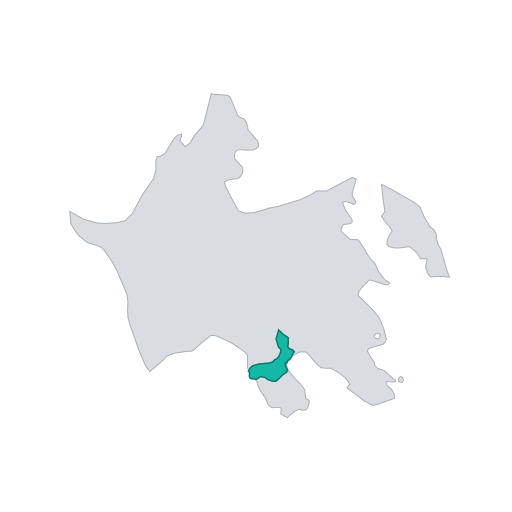 location of Qax within Azerbaijan, rotated 197°
{"feature_id": "AZE-1726", "entity_name": "Qax", "entity_type": "District", "adm_level": 1, "iso_a3": "AZE", "parent_name": "Azerbaijan", "parent_adm1": "", "projection": "robinson", "projection_center": [46.846, 41.24], "detail": "fine", "context": "in_parent", "style": "filled", "palette": "teal", "viewbox_px": 512, "rotation_deg": 197, "n_neighbors": 0, "source": "natural_earth", "source_scale": "10m", "svg_char_len": 4121}
<svg xmlns="http://www.w3.org/2000/svg" viewBox="0 0 512 512"><g transform="rotate(197 256 256)"><path d="M346.2,398.3L344.2,398.2L330.2,401.4L327.2,400.4L315.1,385.7L312.6,384.1L307.4,383.5L304.3,381.0L301.8,377.1L300.4,374.2L287.9,366.3L286.0,363.4L285.8,360.8L287.6,358.5L289.7,356.6L295.7,354.6L302.8,352.9L305.1,351.7L306.3,349.5L306.2,346.2L305.0,342.8L294.8,336.8L293.6,334.2L293.3,331.0L293.9,327.6L295.4,325.0L303.7,321.4L308.1,317.7L305.4,313.6L296.4,304.2L285.7,293.9L278.6,293.8L270.4,296.9L257.4,305.7L250.2,309.4L240.8,315.7L230.5,322.6L222.1,330.0L216.8,336.1L207.5,338.7L202.7,343.8L187.0,359.1L182.6,358.9L182.4,351.3L182.6,345.3L181.6,341.8L176.5,337.1L176.5,335.0L177.8,333.8L181.7,334.5L186.7,334.3L189.1,332.4L183.8,326.2L179.0,322.0L175.0,319.1L174.1,317.5L174.1,316.3L174.9,314.8L181.8,311.4L182.5,308.2L182.1,304.7L171.1,299.5L162.9,301.4L155.6,295.5L150.9,291.0L145.1,286.2L139.8,283.5L134.8,277.4L126.1,271.1L120.5,269.4L120.6,268.4L121.6,267.2L124.0,266.3L139.5,266.5L141.4,265.4L142.4,262.7L144.6,258.8L147.1,253.0L146.9,248.1L131.3,240.2L120.0,232.9L112.2,223.3L107.0,214.5L107.2,211.6L108.7,208.8L120.9,200.7L121.7,198.6L121.4,197.2L117.2,193.1L111.8,188.8L110.1,185.7L106.7,184.1L100.2,184.0L88.9,178.8L86.4,178.2L85.9,177.2L86.5,176.1L94.6,174.0L94.5,172.3L92.1,170.0L87.5,168.3L83.3,164.1L81.9,160.4L96.6,149.4L101.0,147.2L110.5,149.2L130.4,156.5L129.0,160.5L131.0,162.8L135.6,165.9L144.3,169.0L151.7,170.6L155.5,169.3L161.2,168.1L168.6,171.7L175.4,176.3L178.8,178.1L180.7,178.7L185.9,177.2L192.1,171.3L194.6,164.1L195.3,160.7L191.6,156.0L184.2,150.9L175.8,146.4L170.4,142.4L167.0,134.5L163.5,133.7L162.6,132.7L162.1,130.0L162.2,126.3L163.4,123.4L166.8,122.1L170.3,121.7L173.4,118.9L177.2,113.6L178.9,110.6L186.2,112.3L187.1,117.1L188.4,118.1L191.5,117.6L196.5,115.5L200.5,117.1L205.6,122.8L212.8,128.9L216.6,133.0L218.1,135.8L221.8,138.5L227.1,141.7L231.4,146.7L235.2,158.4L239.0,161.1L252.8,165.5L257.6,166.4L271.2,168.0L275.9,166.9L282.8,156.8L289.0,146.5L294.9,144.3L305.4,139.3L311.7,134.6L314.3,129.5L320.2,119.8L323.8,114.4L330.0,119.2L340.9,132.3L356.5,153.5L360.3,159.5L362.9,166.4L365.1,174.9L368.7,182.3L384.6,201.1L391.4,208.0L402.6,217.0L406.5,219.0L411.7,219.6L421.2,219.6L430.0,223.1L434.3,225.6L438.8,229.2L442.9,233.3L447.1,244.3L431.9,240.7L416.6,241.2L408.0,243.6L399.6,246.8L391.6,251.4L386.7,260.2L382.7,280.9L376.6,300.2L376.9,309.2L379.7,317.8L379.5,321.9L376.6,323.6L373.1,327.3L368.5,345.0L366.2,348.6L363.1,350.8L362.3,348.7L362.4,344.0L355.7,339.9L352.2,344.5L349.8,354.3L345.0,364.6L344.7,366.6L346.2,398.3ZM118.9,216.4L119.6,213.6L117.7,212.4L115.7,212.3L114.0,213.7L113.9,217.1L116.3,217.7L118.9,216.4ZM68.2,296.7L65.9,293.9L64.9,292.3L71.7,291.0L82.9,287.1L86.0,289.0L89.3,292.9L90.9,296.2L91.1,302.4L92.5,303.4L98.0,301.3L100.4,303.8L104.6,306.8L111.9,309.8L122.5,305.1L127.7,303.9L132.0,304.0L134.3,305.5L135.2,310.3L134.3,316.2L133.0,319.5L135.3,321.8L143.9,327.5L147.5,330.7L145.7,336.2L152.1,349.7L154.3,354.9L156.8,361.3L143.6,358.8L119.8,353.4L113.3,350.6L107.1,343.1L103.4,339.5L98.0,334.8L93.5,333.1L90.2,329.9L88.3,325.1L85.5,320.8L80.6,315.7L69.6,298.5L68.2,296.7ZM83.2,182.2L81.8,183.2L79.5,182.2L78.8,180.1L79.0,177.9L81.3,177.4L83.1,178.0L83.6,180.0L83.2,182.2Z" fill="#d9dde1" stroke="#a8b0b8" stroke-width="1"/><path d="M224.7,137.2L226.0,137.5L227.0,138.7L227.5,140.1L227.8,141.5L228.2,142.7L229.4,143.6L229.6,143.7L229.4,144.1L228.7,147.4L227.1,150.1L221.6,153.6L215.5,156.1L212.7,157.2L210.1,158.7L209.0,160.0L208.3,161.5L207.5,162.7L206.2,163.6L204.8,166.7L204.4,170.7L204.7,173.9L207.8,175.4L212.5,182.5L212.7,191.9L207.0,189.0L201.2,187.3L200.8,185.1L199.9,183.2L199.4,180.8L199.2,178.5L196.5,177.0L193.4,176.9L191.4,175.5L191.8,175.0L192.3,172.3L192.7,169.5L193.3,167.3L193.7,166.7L194.6,166.0L195.0,165.4L195.2,164.9L195.3,163.4L195.4,162.8L196.0,162.2L196.6,162.2L196.8,162.1L196.3,160.9L194.2,157.9L192.9,156.6L192.4,155.8L192.9,153.5L195.9,149.9L198.1,145.5L200.3,142.1L203.8,141.1L208.3,141.3L212.7,142.6L216.7,141.8L219.4,138.3L222.1,137.9L223.4,137.5L224.7,137.2Z" fill="#14b8a6" stroke="#0f766e" stroke-width="1.5"/></g></svg>